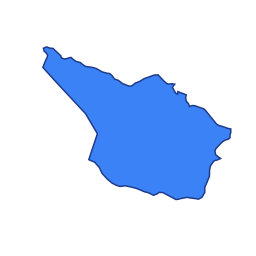 outline of Santa Cruz do Capibaribe, Pernambuco, Brazil, rotated 194°
{"feature_id": "56859067B39285037259201", "entity_name": "Santa Cruz do Capibaribe", "entity_type": "district", "adm_level": 2, "iso_a3": "BRA", "parent_name": "Brazil", "parent_adm1": "Pernambuco", "projection": "orthographic", "projection_center": [-36.328, -7.887], "detail": "fine", "context": "isolated", "style": "filled", "palette": "blue", "viewbox_px": 256, "rotation_deg": 194, "n_neighbors": 0, "source": "geoboundaries", "source_scale": "gbopen_adm2", "svg_char_len": 1485}
<svg xmlns="http://www.w3.org/2000/svg" viewBox="0 0 256 256"><g transform="rotate(194 128 128)"><path d="M59.9,72.2L54.2,74.9L42.2,76.1L39.4,78.8L37.9,84.3L38.6,86.7L39.1,88.8L37.3,100.8L38.7,107.1L38.8,111.4L37.9,113.7L36.3,117.3L33.9,118.4L30.8,120.8L34.1,122.1L36.6,123.4L38.1,126.8L37.7,129.2L34.8,134.6L33.0,137.4L30.9,139.7L28.2,141.3L26.6,143.1L27.3,145.5L27.2,148.6L28.1,152.0L30.7,151.8L37.4,152.4L40.1,152.4L42.9,153.1L48.3,157.2L51.6,159.6L56.6,163.5L59.0,164.9L68.8,165.8L71.2,165.3L73.4,163.8L75.6,166.6L77.6,167.7L79.3,170.9L79.5,174.3L86.4,175.1L88.4,175.4L88.0,172.8L90.0,173.3L92.7,175.9L94.8,178.3L93.3,181.8L96.4,181.5L98.5,180.6L100.8,180.4L104.1,182.0L111.6,186.8L115.1,185.9L124.4,179.7L128.1,175.9L131.6,173.5L134.6,169.7L137.3,168.9L144.1,169.8L148.9,171.9L152.9,172.2L156.0,174.9L158.9,176.4L161.5,176.1L166.8,176.2L173.0,178.0L176.6,178.2L178.9,178.0L181.0,177.8L184.3,177.5L186.9,178.5L190.2,180.0L194.3,180.0L197.4,181.1L200.5,182.7L203.1,181.2L206.1,179.6L209.6,179.9L210.8,181.9L220.1,187.1L223.0,186.6L226.7,187.0L229.4,184.9L227.8,182.1L225.8,181.2L223.6,179.2L223.6,176.3L224.2,174.3L225.3,166.2L214.4,158.9L207.5,154.3L172.6,131.6L156.3,115.0L158.4,87.8L154.6,87.1L152.2,86.8L146.3,82.8L142.1,77.6L135.5,73.3L130.0,70.6L124.9,69.5L121.5,69.4L116.6,71.3L110.3,71.5L104.9,71.4L102.0,71.0L96.5,70.1L93.2,70.2L90.1,69.6L86.9,68.9L83.7,71.2L82.3,73.0L78.6,73.8L64.2,70.2L62.1,71.0L59.9,72.2Z" fill="#3b82f6" stroke="#1e3a8a" stroke-width="1.5"/></g></svg>